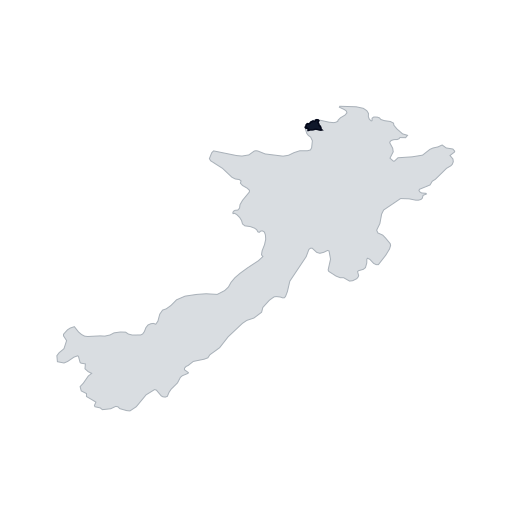 location of Khop, Xaignabouri, Laos, rotated 83°
{"feature_id": "54806243B3164582254678", "entity_name": "Khop", "entity_type": "district", "adm_level": 2, "iso_a3": "LAO", "parent_name": "Laos", "parent_adm1": "Xaignabouri", "projection": "equal_earth", "projection_center": [100.561, 19.666], "detail": "fine", "context": "in_parent", "style": "filled", "palette": "ink", "viewbox_px": 512, "rotation_deg": 83, "n_neighbors": 0, "source": "geoboundaries", "source_scale": "gbopen_adm2", "svg_char_len": 6267}
<svg xmlns="http://www.w3.org/2000/svg" viewBox="0 0 512 512"><g transform="rotate(83 256 256)"><path d="M190.2,51.6L192.2,56.2L201.7,68.6L203.3,72.0L206.7,74.6L209.7,85.6L210.9,86.3L212.4,85.5L213.6,84.0L214.5,79.7L215.2,79.3L216.2,82.8L218.9,83.9L220.0,85.4L220.4,88.1L220.0,90.8L217.9,97.1L216.6,105.5L225.9,123.7L229.7,126.2L238.9,129.1L245.1,133.1L248.0,132.2L250.7,127.7L254.0,125.2L260.1,121.3L261.9,121.1L265.3,122.6L271.0,127.1L279.5,135.6L279.2,137.8L277.7,140.1L273.2,143.4L271.8,145.6L272.7,146.4L276.4,146.9L280.9,148.8L282.3,151.1L283.1,156.1L283.9,157.1L288.0,156.5L289.3,157.2L290.8,158.8L292.3,163.0L292.3,166.2L288.2,171.7L287.8,175.1L285.7,179.0L280.1,185.7L278.6,186.1L268.2,182.4L259.9,182.9L259.2,184.3L260.6,188.3L261.1,192.3L259.8,195.3L255.1,199.3L254.9,201.0L255.9,202.7L262.8,206.3L285.1,225.5L295.2,229.2L299.7,231.6L300.9,232.9L300.8,234.6L299.7,236.8L298.8,240.5L298.7,242.8L299.8,245.0L301.6,248.2L307.9,255.5L312.5,257.3L317.3,265.6L318.8,273.0L321.2,277.7L332.8,293.5L342.6,303.3L348.4,313.8L351.2,316.2L352.1,320.0L353.0,331.1L356.4,336.7L357.1,338.9L358.6,340.6L360.2,340.9L363.5,337.3L364.2,337.8L365.8,343.6L367.2,345.8L372.4,349.4L377.9,356.5L380.8,359.0L384.5,361.1L385.0,363.3L384.4,365.6L383.3,367.1L377.0,371.2L376.2,372.9L380.4,382.0L391.0,393.2L394.4,400.0L393.7,403.2L390.9,409.8L388.8,411.5L388.2,413.6L389.9,418.9L389.8,427.2L387.8,429.1L386.0,434.2L384.7,434.6L381.5,432.7L374.8,441.4L371.9,441.0L368.6,445.9L364.2,446.5L361.2,442.9L354.7,437.1L352.4,433.4L350.4,436.6L347.1,439.5L342.3,438.5L341.0,442.8L340.1,443.6L334.3,444.4L333.3,445.1L334.2,449.0L337.7,455.8L338.8,459.6L336.7,466.0L330.7,465.8L328.0,463.2L324.6,457.9L316.9,454.3L311.8,456.8L310.2,456.6L306.3,452.1L304.9,449.2L304.0,444.9L309.8,441.4L312.7,438.7L314.7,435.8L315.4,432.8L316.3,420.3L317.1,415.9L316.6,410.5L315.0,406.3L314.9,399.9L315.7,394.7L317.9,392.2L319.4,388.4L320.3,380.1L319.6,378.0L317.4,376.0L313.7,374.0L311.3,371.6L310.4,368.6L310.4,366.0L311.5,363.8L308.7,361.3L302.0,358.6L298.3,355.3L297.5,351.5L294.7,346.4L289.8,340.2L287.2,331.3L286.9,319.6L287.4,310.1L289.4,299.2L286.5,291.3L283.4,287.1L279.1,284.0L275.0,279.6L271.2,273.9L266.5,265.4L261.0,254.2L257.4,249.2L255.5,250.4L251.6,249.3L245.7,246.1L240.5,244.3L236.1,244.1L233.2,244.8L231.9,246.5L231.8,248.2L232.9,249.9L232.3,251.2L230.0,252.1L228.2,254.0L226.1,258.1L224.7,263.4L222.5,265.5L219.1,266.0L215.8,267.5L212.5,270.1L211.0,272.1L211.2,273.5L210.5,273.8L208.9,273.0L208.1,271.2L208.2,268.4L206.5,266.5L203.1,265.6L199.1,262.6L191.7,254.8L190.0,254.5L187.6,256.5L184.4,260.8L181.8,262.6L179.7,261.7L178.1,263.2L177.0,267.2L174.9,270.3L164.9,278.6L156.0,289.4L153.7,290.4L148.2,287.4L146.5,285.3L153.9,263.2L155.1,257.8L154.8,250.8L151.6,244.9L151.5,243.2L152.0,241.4L155.8,234.5L160.2,217.0L160.0,211.5L158.0,205.5L156.9,199.8L157.8,192.1L157.4,189.1L155.4,187.6L148.5,186.0L144.6,187.3L142.7,189.4L140.4,190.7L136.1,191.5L132.1,188.8L128.7,184.4L127.9,179.0L132.1,167.2L133.1,162.7L133.0,160.6L132.3,158.4L131.3,158.1L129.1,155.3L127.0,150.5L125.0,148.3L123.1,148.7L121.4,150.5L118.5,155.1L117.6,154.5L120.1,138.4L122.5,131.5L125.3,128.3L128.2,127.0L131.3,127.5L133.9,126.9L136.0,125.2L135.8,124.3L133.4,124.0L132.4,122.2L132.9,118.8L134.0,116.6L135.7,115.5L137.3,112.1L138.9,106.2L140.9,103.3L143.1,103.2L147.0,100.7L152.6,95.7L154.7,90.9L156.8,93.1L156.0,98.7L157.1,99.8L157.6,101.8L157.3,104.9L157.8,107.6L158.6,108.8L159.8,109.5L165.7,107.2L169.3,107.1L175.2,111.1L178.6,108.1L178.7,107.0L175.8,103.1L176.6,89.0L176.2,78.4L171.4,70.5L170.4,67.3L169.9,62.1L168.5,57.7L171.9,54.1L173.8,47.6L176.2,46.0L177.0,46.3L179.9,51.2L183.7,48.7L186.5,48.7L188.9,50.0L190.2,51.6Z" fill="#d9dde1" stroke="#a8b0b8" stroke-width="1"/><path d="M137.8,189.1L137.8,188.9L137.8,188.7L137.7,188.2L137.6,187.8L137.6,187.6L137.6,187.4L137.5,187.0L137.5,186.8L137.5,186.5L137.5,186.3L137.6,186.0L137.6,185.9L137.6,185.6L137.6,185.4L137.7,185.1L137.7,184.8L137.7,184.6L137.7,184.3L137.7,184.0L137.7,183.8L137.7,183.6L137.6,183.3L137.6,183.0L137.5,182.8L137.5,182.6L137.4,182.3L137.4,182.0L137.4,181.7L137.4,181.4L137.4,181.1L137.5,180.9L137.5,180.7L137.6,180.4L137.7,180.2L137.8,179.8L137.9,179.5L138.0,179.3L138.1,179.1L138.2,178.8L138.3,178.6L138.4,178.4L138.5,178.1L138.6,177.9L138.7,177.6L138.7,177.4L138.8,177.2L138.9,176.8L138.9,176.6L139.0,176.4L139.0,176.2L139.0,175.8L139.0,175.6L138.9,175.5L138.9,175.4L138.9,175.2L138.8,175.3L138.7,175.3L138.5,175.5L138.4,175.6L138.2,175.8L138.0,176.0L137.8,176.0L137.7,176.0L137.4,176.1L137.2,175.9L136.9,175.8L136.7,175.9L136.6,176.0L136.4,176.1L136.2,176.1L135.9,176.2L135.8,176.3L135.7,176.3L135.4,176.3L135.2,176.2L134.9,176.3L134.8,176.5L134.6,176.9L134.6,177.0L134.5,177.3L134.3,177.3L134.2,177.4L134.0,177.5L133.9,177.5L133.7,177.5L133.4,177.4L133.2,177.4L132.9,177.4L132.7,177.6L132.4,177.7L132.2,177.7L131.9,177.8L131.7,177.9L131.6,178.0L131.4,178.2L131.2,178.2L130.9,178.1L130.7,178.2L130.4,178.0L130.4,177.8L130.3,177.7L130.2,177.6L129.9,177.4L129.7,177.3L129.4,177.3L129.3,177.2L129.2,177.4L128.9,177.5L128.6,177.6L128.4,177.9L128.4,178.0L128.3,178.3L128.2,178.5L128.2,178.8L128.1,179.1L128.1,179.5L128.1,179.8L128.4,180.0L128.6,180.1L128.6,180.3L128.8,180.3L129.0,180.6L129.3,180.7L129.3,180.8L129.4,181.0L129.5,181.2L129.6,181.3L129.6,181.5L129.4,181.7L129.3,181.8L129.2,182.1L129.1,182.3L129.1,182.5L129.0,182.9L128.9,183.0L129.0,183.1L129.3,183.3L129.5,183.5L129.5,183.8L129.5,184.0L129.5,184.3L129.5,184.5L129.5,184.9L129.5,185.0L129.8,185.2L130.0,185.3L130.1,185.7L130.4,185.9L130.6,185.9L130.8,186.0L130.9,186.4L131.0,186.5L131.1,186.9L131.1,187.1L131.2,187.4L131.2,187.5L131.3,187.6L131.2,187.8L131.2,188.1L131.1,188.3L130.9,188.5L130.9,188.8L131.0,189.1L131.1,189.4L131.3,189.5L131.5,189.5L131.7,189.8L131.9,190.0L132.0,190.3L132.3,190.3L132.4,190.5L132.5,190.5L132.6,190.4L133.0,190.3L133.2,190.5L133.3,190.5L133.6,190.9L133.7,191.0L134.0,191.1L134.2,191.3L134.2,191.5L134.4,191.5L134.5,191.5L134.6,191.4L134.8,191.2L135.0,191.1L135.2,190.9L135.2,190.7L135.3,190.4L135.3,190.0L135.3,189.9L135.5,189.9L135.6,189.6L135.5,189.2L135.8,188.9L136.0,188.9L136.3,188.7L136.5,188.7L136.9,188.8L137.0,188.7L137.2,188.8L137.3,188.9L137.4,189.1L137.5,189.1L137.8,189.1Z" fill="#0f172a" stroke="#020617" stroke-width="1.5"/></g></svg>